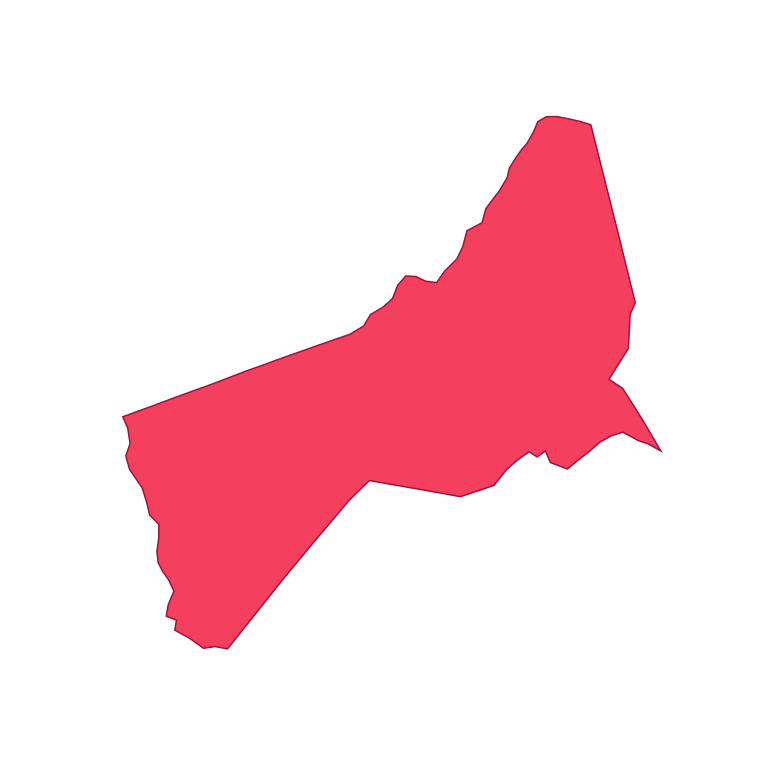 João Alfredo, Pernambuco, Brazil (Robinson projection), rotated 338°
{"feature_id": "56859067B12344911286731", "entity_name": "João Alfredo", "entity_type": "district", "adm_level": 2, "iso_a3": "BRA", "parent_name": "Brazil", "parent_adm1": "Pernambuco", "projection": "robinson", "projection_center": [-35.594, -7.855], "detail": "fine", "context": "isolated", "style": "filled", "palette": "rose", "viewbox_px": 768, "rotation_deg": 338, "n_neighbors": 0, "source": "geoboundaries", "source_scale": "gbopen_adm2", "svg_char_len": 1297}
<svg xmlns="http://www.w3.org/2000/svg" viewBox="0 0 768 768"><g transform="rotate(338 384 384)"><path d="M117.6,354.0L116.1,367.9L120.9,389.7L119.6,405.1L117.6,418.0L122.7,429.6L117.6,442.1L110.6,454.4L107.7,465.0L108.6,474.9L111.0,485.1L111.6,497.4L101.1,508.0L95.1,517.8L103.1,525.2L97.8,533.8L108.6,547.1L117.6,561.4L128.9,564.1L139.7,571.0L218.1,526.7L258.5,504.9L291.8,487.4L307.9,478.9L334.3,468.1L344.0,474.1L393.4,504.9L412.6,517.1L448.0,519.2L465.7,509.2L478.0,504.9L493.0,501.1L498.7,509.0L508.5,506.5L508.9,519.2L522.1,531.5L536.7,526.9L549.9,523.2L562.4,518.8L575.7,517.1L587.4,518.2L598.6,531.7L606.6,538.6L615.6,549.8L610.3,514.0L603.7,477.6L594.4,463.9L624.0,442.5L638.1,412.0L647.5,402.6L652.6,366.2L656.4,340.5L670.0,241.9L672.9,221.1L664.3,214.1L654.4,207.2L644.5,200.8L634.8,197.0L625.0,198.3L617.1,206.2L607.0,214.3L599.2,218.4L591.6,223.2L581.2,230.7L575.5,238.8L562.9,248.4L553.9,253.6L544.1,259.6L535.3,271.2L518.4,272.9L508.4,286.2L498.5,295.3L482.2,302.2L470.8,309.7L460.6,303.9L454.0,296.4L444.7,292.0L433.9,297.4L423.8,308.0L411.7,312.4L397.6,314.5L386.8,322.6L370.9,325.1L336.9,323.4L293.3,321.5L283.4,321.3L261.5,320.3L226.5,319.7L184.8,318.2L161.7,317.6L129.5,316.5L129.9,328.8L126.2,344.2L117.6,354.0Z" fill="#f43f5e" stroke="#9f1239" stroke-width="1.5"/></g></svg>